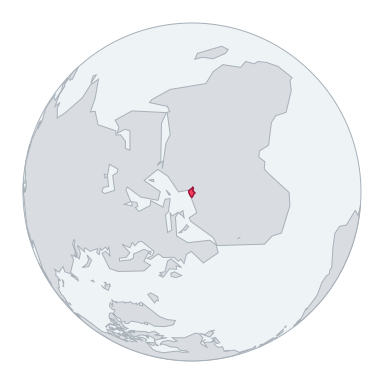 Surt highlighted on a globe, orthographic projection, rotated 222°
{"feature_id": "LBY-2985", "entity_name": "Surt", "entity_type": "Municipality", "adm_level": 1, "iso_a3": "LBY", "parent_name": "Libya", "parent_adm1": "", "projection": "orthographic", "projection_center": [17.512, 29.873], "detail": "coarse", "context": "on_globe", "style": "filled", "palette": "rose", "viewbox_px": 384, "rotation_deg": 222, "n_neighbors": 0, "source": "natural_earth", "source_scale": "10m", "svg_char_len": 10044}
<svg xmlns="http://www.w3.org/2000/svg" viewBox="0 0 384 384"><g transform="rotate(222 192 192)"><circle cx="192" cy="192" r="169" fill="#eef3f6" stroke="#a8b0b8"/><path d="M144.8,29.8L149.5,28.5L170.2,24.5L174.4,24.0L175.7,23.8L175.3,23.9L178.2,23.6L193.1,23.0L196.1,23.1L196.5,23.2L189.8,23.4L189.9,23.6L195.1,23.6L198.8,24.0L191.0,24.0L196.6,24.9L186.4,26.4L165.3,28.1L160.2,30.7L139.7,37.6L142.0,37.7L135.8,41.0L136.2,42.5L132.3,43.8L135.9,44.0L139.4,42.6L142.2,42.3L142.8,43.2L137.9,44.9L136.9,44.6L135.7,45.6L133.1,46.1L134.7,46.4L128.7,48.6L135.4,47.9L131.2,50.9L127.1,52.0L126.6,49.9L115.7,48.8L111.3,50.1L105.6,53.5L96.9,63.6L92.4,66.1L87.0,71.0L89.9,70.2L95.1,66.3L99.1,66.5L105.0,62.1L107.4,61.7L113.9,58.4L113.9,61.2L110.3,65.8L105.0,68.9L103.3,71.2L109.2,70.4L100.0,78.7L95.2,89.1L92.7,91.2L86.5,91.0L84.5,85.1L76.4,86.6L82.6,88.1L76.3,94.3L75.6,96.6L76.5,98.0L79.3,96.7L77.3,99.6L70.5,98.6L72.2,96.0L74.3,96.2L73.3,93.7L68.7,93.9L65.8,97.4L61.8,95.4L59.7,98.0L57.7,99.3L61.3,95.1L54.8,102.9L49.6,104.5L40.6,119.1L48.4,104.7L50.5,100.4L52.4,97.0L50.8,99.2L52.8,96.3L60.5,86.0L68.9,76.2L78.1,67.2L87.9,58.9L98.3,51.4L109.3,44.7L120.8,38.8L132.6,33.8L144.8,29.8ZM25.8,161.7L25.4,163.7L26.3,160.4L27.0,161.5L25.2,170.0L27.0,164.8L26.4,171.4L28.8,180.0L28.2,181.2L29.9,198.9L34.9,211.6L36.0,219.8L35.1,222.7L37.5,226.7L37.6,229.3L49.7,244.5L58.1,256.7L59.4,265.3L55.2,270.7L58.4,287.6L52.9,285.7L56.2,291.9L58.0,294.9L50.6,284.5L44.0,273.5L38.2,262.0L33.4,250.1L29.4,237.9L26.4,225.5L24.3,212.8L23.2,200.0L23.1,187.2L24.0,174.4L25.8,161.7ZM38.2,123.6L33.6,138.9L33.8,135.0L34.2,134.6L35.8,129.6L38.1,123.0L38.9,120.5L38.2,123.6ZM41.6,119.5L42.1,117.5L41.9,118.8L41.6,119.5ZM198.6,23.2L199.3,23.2L196.7,23.1L197.0,23.1L198.6,23.2ZM113.5,57.2L113.6,57.8L112.4,58.1L113.5,57.2ZM116.1,55.3L114.4,55.2L115.4,54.3L116.4,54.4L116.1,55.3ZM201.4,23.5L204.0,23.9L200.2,23.5L201.4,23.5ZM117.9,55.7L117.4,52.8L119.2,51.3L124.5,50.4L117.9,55.7ZM204.7,24.1L211.1,25.3L213.5,25.3L210.2,26.4L205.9,24.8L200.9,24.2L204.2,24.3L204.7,24.1ZM140.3,41.8L136.6,43.3L139.2,41.3L140.3,41.8ZM141.3,40.6L145.2,35.5L151.0,34.0L148.5,35.9L155.5,33.6L156.3,35.3L152.7,36.9L148.8,37.5L152.1,37.8L141.3,40.6ZM207.4,27.1L208.0,27.6L206.1,27.2L207.4,27.1ZM143.5,42.1L143.8,41.0L148.8,39.6L149.1,41.4L147.4,41.3L143.5,42.1ZM156.9,32.3L160.7,31.7L162.4,32.9L164.1,32.9L156.9,35.2L156.9,32.3ZM146.6,42.1L149.2,42.4L147.3,44.0L143.6,43.0L146.6,42.1ZM150.0,38.5L152.3,38.0L151.1,38.9L150.0,38.5ZM142.2,50.4L142.4,48.9L145.1,48.0L142.2,50.4ZM150.3,42.5L150.9,42.0L152.0,41.5L153.3,42.1L150.3,42.5ZM158.6,36.0L158.5,36.7L161.6,35.1L163.1,36.2L158.0,37.6L160.8,37.4L161.2,37.8L156.6,38.6L158.6,36.0ZM157.8,41.5L151.8,44.1L150.8,46.9L148.4,47.7L150.5,43.1L157.8,41.5ZM157.5,39.7L157.1,40.9L154.4,41.2L152.9,40.5L157.5,39.7ZM165.9,36.4L165.0,34.4L166.1,34.2L165.9,36.4ZM158.0,42.2L159.5,41.6L158.3,42.4L158.0,42.2ZM164.1,38.1L163.6,37.3L164.9,37.1L164.1,38.1ZM162.7,41.1L160.8,41.9L159.7,41.3L162.7,41.1ZM163.8,39.7L165.7,39.5L160.5,40.7L163.4,39.3L163.8,39.7ZM165.4,38.0L166.0,37.6L165.4,38.3L165.4,38.0ZM167.9,42.8L161.6,44.4L159.2,43.2L165.7,41.7L167.9,42.8ZM259.1,36.9L253.5,35.0L234.5,29.5L242.5,31.5L241.4,31.6L244.8,32.9L250.4,34.6L250.5,34.4L263.5,41.7L278.4,49.9L275.5,46.8L277.9,47.5L292.3,56.4L314.0,76.2L317.5,79.1L320.6,82.5L323.9,86.7L319.5,81.7L319.0,82.0L316.0,78.9L319.8,84.7L315.8,80.5L320.7,87.5L323.5,89.7L321.6,85.8L327.7,94.2L331.3,97.2L336.3,104.6L346.1,124.0L349.1,134.1L350.2,137.0L348.9,136.4L351.0,144.7L356.3,155.4L357.4,159.9L358.9,173.5L358.3,170.3L355.0,168.6L357.0,180.5L359.6,184.5L360.6,193.5L359.8,193.9L358.5,186.3L357.3,185.4L355.7,175.5L351.0,163.8L350.0,170.2L348.3,164.4L341.7,156.8L339.2,165.8L336.5,188.8L339.2,204.1L337.0,213.3L326.7,196.9L321.1,183.5L318.0,187.2L306.9,179.1L289.6,186.5L286.6,183.4L283.4,186.7L275.5,185.2L270.7,179.7L266.2,181.6L278.9,195.9L283.7,193.9L286.9,185.6L289.6,191.2L297.2,194.0L290.8,212.2L264.2,233.8L260.7,222.7L235.9,194.1L236.1,190.1L236.0,189.7L235.6,189.0L234.3,195.5L229.7,189.6L243.9,210.7L246.7,220.2L263.8,234.6L262.4,236.8L267.7,239.1L283.4,230.0L283.7,233.9L276.8,253.7L254.2,281.9L256.8,295.5L254.3,307.3L239.2,317.2L239.5,324.9L231.6,328.8L230.4,333.0L223.4,338.1L212.2,342.9L194.1,343.9L193.8,340.5L186.0,333.6L175.4,314.2L180.8,304.7L179.5,296.8L166.4,278.0L169.3,267.4L165.6,262.6L158.1,263.3L153.7,257.4L149.0,256.9L119.5,256.6L110.1,247.4L98.0,221.3L103.0,213.0L103.2,201.8L137.5,169.0L145.5,172.4L173.3,169.4L176.9,170.9L174.5,179.9L196.0,190.8L202.0,183.1L220.7,187.6L232.6,185.9L235.3,168.5L215.8,171.0L211.6,163.1L226.6,154.0L243.5,152.4L242.4,149.3L231.1,143.9L234.2,137.5L227.0,141.6L230.5,144.4L226.0,147.3L222.6,145.0L223.9,142.6L218.6,141.9L214.0,153.9L217.0,158.0L203.5,161.3L207.2,168.7L203.8,172.5L196.3,161.5L196.5,157.3L183.0,145.6L181.6,150.3L194.2,161.8L190.6,161.0L188.7,168.1L187.3,162.1L173.9,149.0L161.3,151.5L146.4,168.1L138.8,168.8L131.9,164.4L136.1,146.9L152.7,147.4L154.4,141.9L150.0,133.4L155.4,134.6L155.7,131.4L161.8,131.4L169.5,124.1L175.6,123.5L177.7,114.1L181.1,112.7L178.9,118.6L180.6,122.6L195.7,121.8L198.3,119.6L198.5,113.8L202.6,114.6L200.8,109.1L209.0,106.3L197.5,105.3L197.3,99.1L201.8,94.2L199.6,92.2L192.5,100.3L191.4,103.8L193.9,107.0L189.3,117.3L184.3,119.1L181.3,108.2L173.9,109.9L174.8,101.3L193.7,83.5L202.1,80.0L217.9,86.3L216.5,90.1L210.1,89.6L216.9,95.4L215.9,92.4L219.3,93.3L220.1,88.2L222.5,88.7L219.0,83.3L222.1,83.3L224.3,86.7L228.0,79.8L234.2,78.9L233.8,77.2L231.7,75.6L241.0,75.8L240.3,74.6L237.0,74.0L233.6,71.3L231.1,66.8L234.4,67.1L235.8,68.8L243.6,73.0L246.7,77.8L247.9,77.5L246.0,73.5L236.4,68.2L233.9,65.5L238.7,67.4L236.8,66.5L236.6,65.2L239.6,64.4L234.4,62.2L227.9,49.8L233.0,47.6L238.0,50.3L237.1,43.5L242.9,42.5L239.8,41.8L237.3,38.8L235.5,39.0L233.8,38.5L226.5,32.0L227.4,31.1L220.8,28.5L219.2,28.3L218.2,28.7L210.2,26.4L213.5,25.3L216.9,25.8L216.6,25.1L224.4,26.5L230.7,27.7L239.4,30.3L243.6,31.4L243.0,31.0L248.3,32.7L248.5,32.8L259.1,36.9ZM126.7,187.5L126.0,190.9L126.7,187.5ZM262.3,159.4L271.9,157.4L266.0,148.0L269.2,146.6L266.0,144.1L265.5,147.3L257.6,140.3L261.1,136.1L259.1,131.9L255.8,132.5L250.6,141.4L262.0,151.3L260.5,156.2L262.3,159.4ZM29.0,180.2L29.0,182.9L28.5,181.5L29.0,180.2ZM32.5,137.7L32.2,139.6L31.5,141.8L31.6,140.9L32.5,137.7ZM32.5,153.0L32.7,155.8L31.9,154.3L32.5,153.0ZM33.2,141.1L32.3,151.0L31.0,149.2L31.7,143.1L31.9,145.3L33.2,141.1ZM39.2,123.2L38.7,124.9L38.0,126.0L39.2,123.2ZM41.4,120.5L41.4,120.2L42.2,118.5L41.4,120.5ZM76.7,94.3L77.2,94.5L77.5,96.4L76.2,96.4L76.7,94.3ZM86.0,100.1L82.6,104.7L84.1,101.3L81.6,101.9L81.7,96.1L91.5,92.1L87.0,94.8L86.0,100.1ZM84.4,87.7L83.3,91.5L84.2,87.5L84.4,87.7ZM151.0,115.4L153.4,117.5L151.5,121.0L143.8,123.0L146.5,117.8L151.0,115.4ZM157.3,119.9L156.4,109.2L161.2,107.9L158.7,110.3L161.9,110.6L158.7,114.6L164.1,124.4L162.8,128.3L149.2,129.0L154.4,126.5L151.7,124.3L157.3,119.9ZM145.8,88.0L145.5,84.5L156.2,86.2L155.3,89.4L147.5,91.2L144.1,88.5L145.8,88.0ZM127.3,55.2L126.5,54.5L127.8,53.9L129.6,54.0L127.3,55.2ZM142.1,49.8L132.2,57.9L130.8,57.4L126.7,63.4L121.4,64.5L124.2,60.5L117.0,66.1L117.4,63.0L113.0,67.1L119.8,58.1L119.9,55.9L121.8,57.8L126.8,56.8L128.9,55.6L135.0,51.0L137.6,46.1L142.9,44.7L146.0,45.0L146.1,45.9L142.6,46.4L145.4,47.3L140.5,48.9L142.1,49.8ZM178.7,55.0L174.6,54.3L179.3,58.2L174.4,59.0L175.3,59.4L172.1,61.4L169.6,64.6L167.3,64.5L167.4,65.9L165.2,67.3L164.6,69.2L160.1,69.9L158.9,72.3L157.5,71.3L156.6,75.3L155.3,72.7L152.4,74.7L155.2,76.2L132.9,77.6L124.6,80.9L118.4,85.4L117.0,80.9L121.9,74.0L129.9,67.3L138.1,65.0L136.0,63.6L139.2,62.2L139.6,63.9L141.1,60.5L143.8,59.9L151.0,55.2L151.4,51.2L154.0,49.6L155.3,50.9L157.0,48.4L161.1,49.8L163.1,48.8L169.1,49.4L170.4,52.8L172.5,51.4L177.1,52.0L178.7,55.0ZM169.5,43.1L172.1,46.5L170.7,48.7L160.8,46.8L158.4,47.6L152.0,46.9L154.2,43.8L155.8,44.2L157.9,43.9L156.4,45.0L159.2,44.0L161.5,44.6L164.3,44.1L164.4,45.2L169.5,43.1ZM180.6,167.5L183.2,167.9L187.4,167.4L186.3,172.1L180.6,167.5ZM171.3,158.7L173.6,158.1L174.1,164.1L171.3,163.9L171.3,158.7ZM174.5,153.0L173.7,157.6L172.5,155.0L174.5,153.0ZM181.1,117.9L183.6,117.1L184.0,118.5L182.8,120.6L181.1,117.9ZM191.7,68.6L189.6,67.4L190.2,66.7L188.3,62.9L191.7,62.2L194.3,64.3L191.7,68.6ZM232.3,171.9L229.1,175.6L227.2,174.3L228.7,173.3L232.3,171.9ZM206.8,174.4L212.8,176.1L206.4,175.7L206.8,174.4ZM195.2,67.2L194.0,65.7L196.5,66.3L195.2,67.2ZM194.2,61.6L197.0,62.0L191.9,61.7L194.2,61.6ZM280.7,298.6L267.6,320.1L260.4,322.1L260.0,317.3L265.5,305.0L274.2,299.3L278.8,292.6L280.7,298.6ZM360.1,209.1L359.8,208.1L356.4,195.7L357.7,193.2L360.6,197.1L360.5,199.8L360.7,201.7L360.1,209.1ZM339.9,205.1L343.1,212.0L341.5,215.0L339.9,205.1ZM351.9,141.1L352.2,143.9L351.4,141.9L350.4,137.2L351.9,141.1ZM340.2,111.0L343.4,116.9L344.5,119.3L343.2,116.6L340.2,111.0ZM223.1,62.4L222.0,68.1L223.4,72.5L227.9,75.0L221.1,74.2L218.9,67.5L223.1,62.4ZM227.0,51.2L223.1,49.5L225.0,48.9L226.2,49.3L227.0,51.2ZM224.5,51.1L219.2,51.5L217.2,49.8L221.7,49.7L224.5,51.1ZM207.3,58.7L206.7,60.3L204.7,59.7L207.3,58.7ZM323.2,85.6L323.0,85.3L321.7,83.7L323.2,85.6ZM293.3,56.8L289.6,54.1L289.0,53.6L293.3,56.8ZM286.7,52.1L287.4,52.6L275.5,46.3L272.5,44.7L280.4,48.1L281.5,48.9L284.8,50.9L286.7,52.1ZM209.6,27.6L208.1,27.6L208.7,27.3L209.6,27.6ZM232.8,38.7L230.7,38.0L231.4,37.4L232.8,38.7ZM225.1,35.8L225.8,36.9L223.7,35.6L225.1,35.8ZM227.5,39.7L225.4,37.3L229.4,39.8L227.5,39.7Z" fill="#d9dde1" stroke="#a8b0b8" stroke-width="1"/><path d="M188.5,187.9L189.1,188.0L190.0,188.0L190.6,188.1L191.1,188.3L191.6,188.4L191.9,188.6L192.7,188.9L192.9,188.9L193.0,189.0L193.7,189.3L193.8,189.4L194.1,189.7L194.7,190.1L194.9,190.4L195.2,190.5L195.1,191.6L195.1,192.1L195.1,192.6L195.0,193.0L194.7,193.5L194.6,194.1L194.6,194.9L194.6,196.1L193.8,195.9L193.5,195.6L193.2,195.4L193.0,194.6L192.6,194.1L192.4,193.6L192.2,193.4L191.8,193.5L191.5,193.7L190.9,193.5L190.6,193.3L190.3,193.3L190.0,193.4L189.5,193.4L189.2,193.3L189.4,193.0L189.5,192.7L189.3,191.8L188.9,190.7L188.7,189.6L188.5,188.5L188.5,188.0L188.5,187.9Z" fill="#f43f5e" stroke="#9f1239" stroke-width="1.5"/></g></svg>